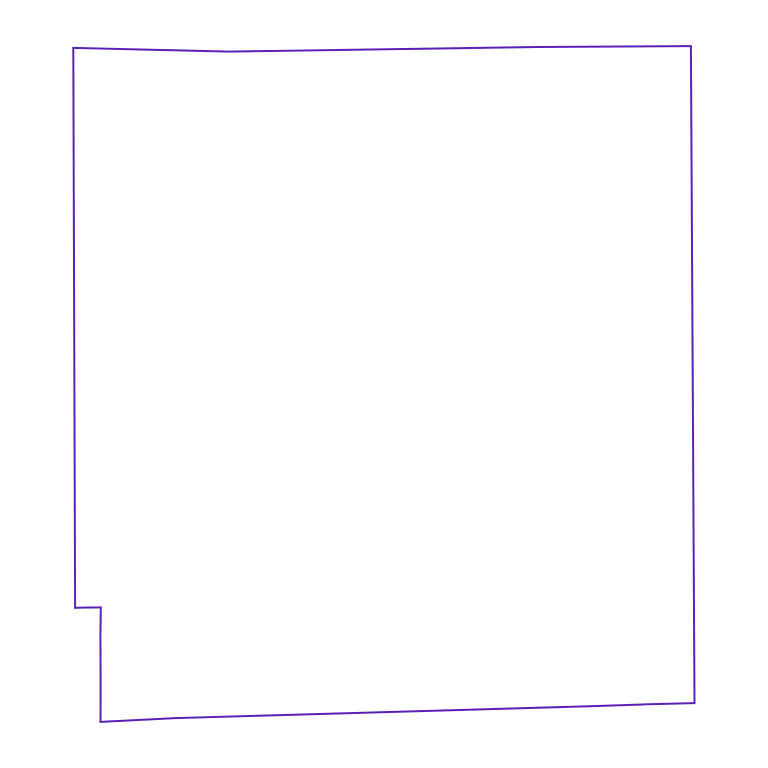 Hillsdale, Michigan, United States of America (Mercator projection)
{"feature_id": "52423323B70338109854849", "entity_name": "Hillsdale", "entity_type": "district", "adm_level": 2, "iso_a3": "USA", "parent_name": "United States of America", "parent_adm1": "Michigan", "projection": "mercator", "projection_center": [-84.638, 41.885], "detail": "fine", "context": "isolated", "style": "outline", "palette": "violet", "viewbox_px": 768, "rotation_deg": 0, "n_neighbors": 0, "source": "geoboundaries", "source_scale": "gbopen_adm2", "svg_char_len": 348}
<svg xmlns="http://www.w3.org/2000/svg" viewBox="0 0 768 768"><path d="M642.5,704.5L646.5,704.3L694.5,703.1L690.9,46.1L538.0,47.0L229.2,51.6L73.3,47.9L75.1,607.8L83.4,607.6L100.8,607.4L100.4,637.9L100.5,647.8L100.5,656.2L100.6,678.2L100.6,701.6L100.5,721.9L175.3,718.1L591.2,706.2L642.5,704.5Z" fill="none" stroke="#5b21b6" stroke-width="2"/></svg>